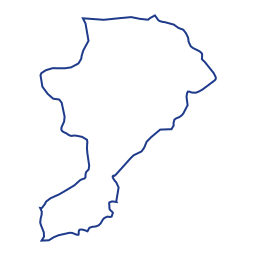 SVG path tracing the border of Intibucá
{"feature_id": "HND-648", "entity_name": "Intibucá", "entity_type": "Department", "adm_level": 1, "iso_a3": "HND", "parent_name": "Honduras", "parent_adm1": "", "projection": "orthographic", "projection_center": [-88.241, 14.258], "detail": "fine", "context": "isolated", "style": "outline", "palette": "blue", "viewbox_px": 256, "rotation_deg": 0, "n_neighbors": 0, "source": "natural_earth", "source_scale": "10m", "svg_char_len": 2088}
<svg xmlns="http://www.w3.org/2000/svg" viewBox="0 0 256 256"><path d="M41.4,208.2L41.6,208.0L42.2,207.6L45.2,203.6L45.4,202.9L46.1,201.6L50.6,198.2L59.3,194.3L74.3,185.4L80.3,180.0L82.8,179.0L84.1,178.6L84.8,178.2L85.5,177.1L85.5,174.9L85.8,173.2L86.2,172.0L87.7,170.4L88.6,169.6L89.2,165.7L87.4,153.5L86.9,147.5L87.1,146.4L87.1,143.7L87.4,142.6L87.0,139.8L82.2,136.9L76.4,135.7L74.7,135.6L73.3,135.6L72.0,135.9L70.9,135.9L69.7,135.4L68.1,134.6L66.5,133.4L64.7,132.6L63.2,131.8L61.9,130.8L61.3,129.3L61.5,127.3L64.1,121.6L64.6,116.6L61.7,102.8L60.0,100.5L59.1,99.5L53.2,98.7L47.7,93.9L42.4,86.7L40.5,75.2L41.4,73.1L45.9,70.2L52.5,68.2L64.7,68.3L71.0,67.4L78.4,63.5L81.2,58.9L81.7,55.7L83.3,50.4L88.5,40.8L85.5,23.4L82.9,18.3L103.7,19.8L119.4,18.2L131.2,17.1L140.2,18.9L148.1,19.7L149.9,18.2L154.9,15.4L158.5,20.4L159.9,21.1L162.6,21.9L164.6,22.1L173.8,24.6L178.4,27.9L183.2,29.7L185.8,33.0L187.9,37.2L188.2,38.2L188.5,41.1L189.1,42.9L190.8,46.3L192.9,48.0L199.4,51.2L201.1,52.6L202.1,53.8L202.1,56.5L201.9,59.2L205.0,62.2L213.7,73.1L215.7,77.1L215.8,78.0L215.7,78.9L215.5,79.5L214.4,80.6L202.5,89.5L199.3,91.3L196.0,92.7L193.1,92.7L191.0,92.3L189.2,91.6L187.9,91.6L187.1,93.1L186.5,96.8L187.6,105.2L183.3,113.5L181.8,115.3L179.3,117.1L176.1,118.4L174.4,119.7L173.5,123.2L173.7,125.3L171.5,129.2L160.2,129.6L151.0,137.3L146.6,141.8L144.3,147.5L142.1,150.7L141.4,151.5L133.6,155.3L130.7,158.1L116.1,174.4L114.4,175.9L113.4,175.6L112.7,176.3L112.8,177.7L114.5,180.4L116.2,182.3L118.6,187.5L116.3,201.3L116.6,202.0L116.0,201.9L112.0,201.4L109.3,202.5L109.2,203.4L109.5,208.9L110.0,209.8L112.4,212.1L112.9,212.8L111.6,216.6L109.9,217.0L107.5,216.6L104.3,218.0L102.6,220.0L101.5,221.9L100.6,223.5L98.4,225.5L95.5,226.5L92.3,226.8L89.4,227.8L87.5,231.3L85.8,230.6L83.6,229.9L81.5,229.5L79.7,229.7L78.9,230.6L78.7,232.4L78.7,234.0L78.4,234.8L76.4,234.6L72.1,232.9L69.5,232.8L58.7,235.2L53.8,237.2L48.8,240.3L41.6,240.6L44.0,236.7L43.8,232.3L40.9,225.0L40.2,222.4L40.7,218.3L41.6,214.9L41.8,211.7L40.5,208.7L40.2,208.0L41.3,208.2L41.4,208.2Z" fill="none" stroke="#1e3a8a" stroke-width="2"/></svg>